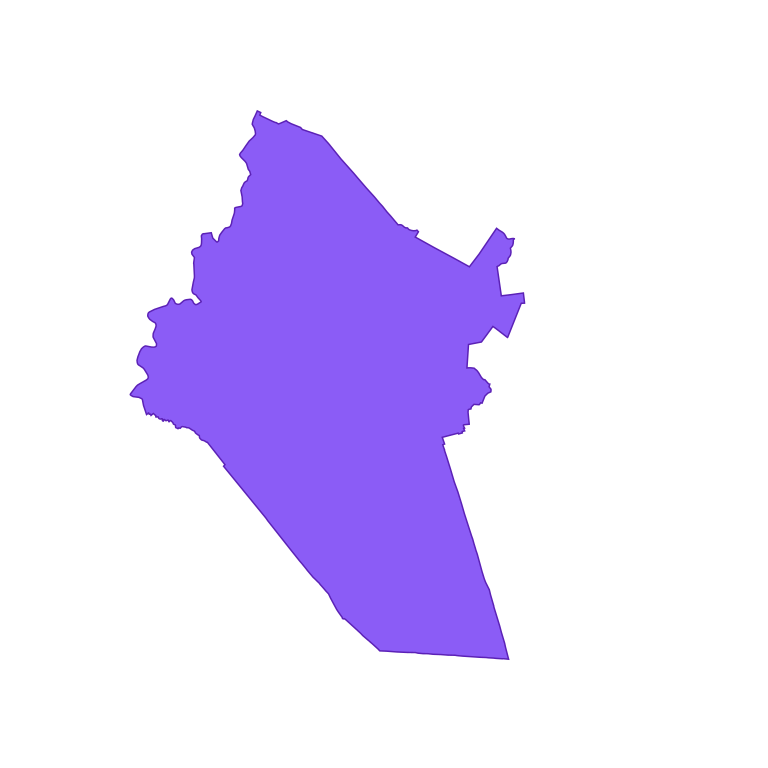 Nga Nam, Sóc Trăng, Vietnam, rotated 315°
{"feature_id": "81297802B9638596310151", "entity_name": "Nga Nam", "entity_type": "district", "adm_level": 2, "iso_a3": "VNM", "parent_name": "Vietnam", "parent_adm1": "Sóc Trăng", "projection": "orthographic", "projection_center": [105.605, 9.526], "detail": "fine", "context": "isolated", "style": "filled", "palette": "violet", "viewbox_px": 768, "rotation_deg": 315, "n_neighbors": 0, "source": "geoboundaries", "source_scale": "gbopen_adm2", "svg_char_len": 6135}
<svg xmlns="http://www.w3.org/2000/svg" viewBox="0 0 768 768"><g transform="rotate(315 384 384)"><path d="M192.3,569.7L196.8,574.6L203.4,582.3L210.5,590.1L216.4,596.2L217.6,598.2L220.8,602.1L224.4,605.8L227.6,609.8L232.8,615.4L237.6,621.0L242.4,626.0L243.7,627.8L247.0,631.8L259.0,645.5L262.8,649.6L264.3,651.5L267.6,655.2L269.1,657.1L273.3,661.9L274.3,662.8L277.5,666.7L283.8,656.0L286.0,652.6L291.5,642.4L294.7,636.9L304.0,619.4L304.7,618.5L310.2,608.5L313.0,603.9L315.6,596.1L317.1,592.7L320.7,585.9L329.6,570.3L331.5,566.4L332.3,565.0L334.7,560.5L337.2,556.1L337.3,555.8L338.6,553.1L349.0,532.8L353.8,524.1L359.8,512.8L364.5,502.8L370.8,491.2L376.8,479.8L379.9,473.6L380.2,473.5L381.1,471.5L382.6,468.5L384.4,469.3L387.5,462.9L399.5,469.9L401.7,471.2L401.4,472.1L404.8,474.0L405.7,472.9L407.9,474.2L408.9,471.7L409.8,472.2L410.3,470.4L410.9,469.4L411.2,469.2L411.9,469.5L415.8,472.7L416.5,471.9L418.9,468.9L423.7,463.1L424.2,462.8L425.3,461.8L426.3,462.0L427.8,463.1L429.4,462.1L429.9,462.0L433.2,462.0L436.5,465.8L437.0,466.0L439.0,465.6L439.8,466.9L446.8,463.9L449.6,463.9L451.2,464.0L454.0,465.1L455.5,463.9L456.0,463.2L456.3,460.3L458.7,458.9L458.5,458.7L458.1,457.7L458.1,456.5L458.4,452.3L458.0,451.8L457.6,451.4L457.5,451.1L457.5,448.3L458.9,442.8L459.2,440.6L459.2,439.3L459.0,438.5L459.0,436.8L458.8,436.4L456.8,433.9L455.4,432.5L454.0,431.3L471.7,415.8L482.6,423.2L501.7,420.3L502.3,423.7L504.2,438.4L504.6,438.4L537.8,424.1L538.2,424.0L540.5,426.2L541.4,425.2L546.9,418.2L536.0,409.9L529.3,404.6L547.0,380.9L548.9,381.6L551.6,381.8L552.6,382.2L555.3,384.4L556.2,384.7L557.7,384.5L559.5,383.8L560.7,382.9L563.3,382.6L564.3,382.4L565.4,381.8L567.0,380.6L568.2,379.2L569.4,377.3L572.3,377.1L573.1,376.9L574.5,376.1L576.1,374.8L577.2,373.7L577.7,373.4L578.4,373.4L579.2,373.9L578.4,372.6L577.4,371.7L574.9,370.0L574.4,369.4L573.9,368.2L573.9,367.2L574.3,366.3L575.1,363.4L575.2,362.1L575.1,360.5L574.1,356.5L573.7,353.5L548.7,358.3L543.0,359.4L527.3,361.5L522.2,343.9L515.9,322.9L510.0,302.2L516.0,300.7L516.1,298.5L514.9,298.0L513.2,296.5L511.9,294.7L511.0,292.9L510.8,291.7L511.0,290.3L509.8,289.0L509.3,287.7L509.1,284.9L508.8,283.8L508.1,282.8L506.5,281.4L507.4,270.9L507.8,264.1L508.6,257.5L508.8,252.7L509.5,245.0L510.1,232.9L511.1,219.6L511.6,213.6L512.7,194.4L514.8,174.7L515.3,164.7L506.2,146.3L506.4,143.6L502.4,134.3L501.3,130.8L501.1,128.7L494.5,126.1L493.2,125.4L492.6,122.9L492.0,122.1L490.9,119.4L487.2,109.0L486.3,106.0L488.8,104.9L487.5,101.3L482.3,103.3L478.7,104.5L475.5,106.4L474.5,107.1L473.9,109.1L473.4,111.1L471.8,114.0L470.1,116.2L469.1,116.8L465.6,117.1L460.4,116.9L454.5,117.9L449.4,118.9L445.6,119.2L444.1,119.7L443.5,120.9L443.2,122.9L443.2,128.5L442.8,130.8L439.8,136.3L439.5,138.6L437.8,141.7L435.1,141.6L433.9,141.9L432.0,143.1L430.7,143.5L429.1,143.0L427.6,142.9L426.0,143.4L424.0,144.2L422.2,144.6L419.6,146.0L416.0,151.4L412.8,155.0L411.7,156.5L409.8,157.6L408.6,157.4L404.4,154.6L403.5,154.1L402.7,154.1L401.9,155.0L399.5,157.0L398.4,157.7L392.4,160.7L389.6,162.7L387.0,163.8L385.9,163.8L383.9,162.8L382.4,161.7L381.2,161.5L376.6,162.0L373.1,162.6L370.2,164.2L368.3,165.8L366.7,165.8L366.1,165.2L366.1,159.9L366.9,158.3L368.8,154.9L363.3,150.7L362.4,149.9L361.4,149.6L359.6,150.1L357.7,152.4L354.5,155.4L353.0,156.5L351.6,156.9L349.9,156.6L345.8,154.4L343.3,154.0L341.2,154.7L340.0,156.4L339.4,160.5L334.8,164.0L334.1,165.0L333.0,166.2L326.3,173.6L324.9,174.9L321.3,177.1L314.9,181.5L314.1,182.5L313.3,184.1L313.2,184.8L313.3,186.1L313.9,187.6L314.0,188.3L313.5,191.4L313.3,195.5L313.0,196.5L312.7,196.6L308.3,195.6L307.1,194.9L306.8,194.4L306.6,193.0L306.6,192.2L307.4,189.9L307.5,188.9L307.4,188.0L306.9,187.1L304.1,184.9L302.7,184.0L301.2,183.5L296.3,183.1L295.4,182.6L294.5,181.8L293.8,180.6L293.5,179.4L293.7,178.6L294.7,175.9L294.8,173.7L294.6,173.2L294.2,172.8L293.0,172.8L287.2,174.7L286.2,174.7L285.0,174.4L282.6,173.0L274.5,169.0L269.1,167.2L267.9,167.1L267.1,167.3L266.0,168.0L265.0,168.9L264.4,170.6L264.1,172.6L264.6,176.0L265.4,178.7L265.4,179.3L265.2,180.0L264.5,181.2L263.6,182.0L261.0,183.3L257.2,184.8L256.3,185.3L254.4,187.0L253.8,187.8L251.7,194.6L250.4,195.8L249.6,196.2L248.6,196.0L247.5,195.4L245.8,193.6L242.4,188.6L241.9,188.2L240.0,187.7L237.5,187.6L234.2,188.5L229.1,190.8L226.1,192.6L224.6,194.5L224.0,195.7L223.9,196.8L225.0,202.2L224.9,204.1L223.3,210.7L222.2,212.5L221.3,213.0L220.5,213.3L218.7,213.1L212.2,211.3L209.0,210.5L206.9,210.5L198.0,211.7L197.3,211.9L197.0,212.3L197.1,213.5L197.7,215.5L201.3,220.2L202.3,223.2L202.2,224.1L198.8,229.1L194.5,237.7L196.0,237.9L196.4,237.8L196.9,237.8L197.1,238.2L197.1,238.4L196.7,239.1L196.6,239.4L197.0,239.7L197.3,239.9L197.5,240.3L197.5,240.5L197.1,241.2L197.0,241.5L199.8,241.7L200.1,241.8L200.1,243.7L200.3,244.7L200.3,245.0L199.4,245.9L199.4,246.1L200.6,247.1L200.9,247.4L200.9,247.9L200.7,248.2L200.5,248.9L200.5,249.5L200.9,250.5L201.5,251.1L202.2,251.3L202.5,251.7L202.6,252.0L202.5,252.4L201.8,252.7L201.5,253.0L201.4,253.4L201.5,253.9L201.7,254.2L202.0,254.2L203.1,253.7L203.4,253.7L203.7,254.0L203.7,255.2L203.8,255.7L204.2,256.0L205.5,256.6L205.8,256.9L205.9,257.2L205.9,257.4L205.4,258.0L205.3,258.4L205.3,258.7L206.9,258.8L207.2,258.9L207.4,259.2L207.4,262.0L206.9,263.0L206.8,263.5L206.9,264.0L207.2,264.6L207.4,265.6L207.2,266.0L206.2,267.0L206.0,267.5L206.0,268.0L206.4,268.7L206.7,269.9L206.8,270.0L207.6,269.9L207.9,270.1L208.6,271.2L208.9,271.2L210.2,271.1L210.8,271.2L211.3,271.5L213.2,274.2L213.7,275.6L214.4,276.2L214.9,276.9L215.2,277.8L215.8,281.0L216.6,283.2L216.6,283.7L216.1,285.1L216.1,285.8L216.4,288.3L216.9,289.6L216.9,289.9L216.7,290.2L216.2,290.7L215.6,291.6L215.4,292.3L215.4,294.4L215.6,295.0L216.8,297.0L217.4,299.7L217.9,300.3L214.5,328.6L212.4,328.7L205.7,395.3L205.1,398.6L200.7,436.1L199.2,449.5L199.0,452.4L198.3,459.3L198.0,461.4L197.2,470.6L197.3,472.8L197.3,476.8L197.4,478.6L197.1,480.8L196.8,486.0L196.5,489.4L196.4,493.2L194.8,497.6L192.5,505.3L191.1,510.0L190.5,512.9L189.5,518.9L189.3,519.8L188.8,520.5L189.3,521.5L190.0,521.9L190.3,523.4L191.2,543.5L191.1,547.0L192.0,558.9L192.4,567.0L192.3,569.7Z" fill="#8b5cf6" stroke="#5b21b6" stroke-width="1.5"/></g></svg>